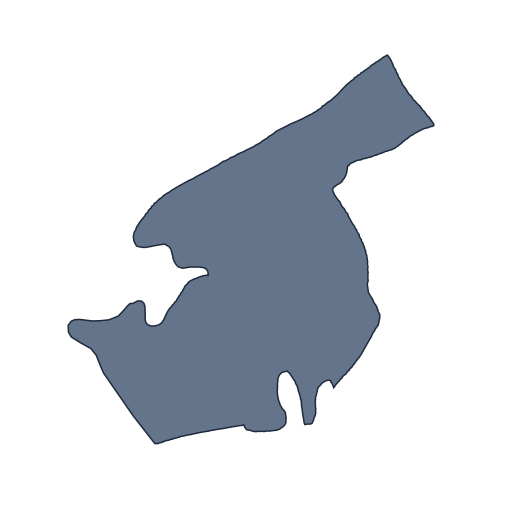 the district of Cidade De Xai-Xai, Gaza, Mozambique, rotated 260°
{"feature_id": "85939544B37239521731461", "entity_name": "Cidade De Xai-Xai", "entity_type": "district", "adm_level": 2, "iso_a3": "MOZ", "parent_name": "Mozambique", "parent_adm1": "Gaza", "projection": "equal_earth", "projection_center": [33.662, -25.05], "detail": "fine", "context": "isolated", "style": "filled", "palette": "slate", "viewbox_px": 512, "rotation_deg": 260, "n_neighbors": 0, "source": "geoboundaries", "source_scale": "gbopen_adm2", "svg_char_len": 6079}
<svg xmlns="http://www.w3.org/2000/svg" viewBox="0 0 512 512"><g transform="rotate(260 256 256)"><path d="M167.3,85.5L119.9,107.3L88.8,123.8L88.3,126.9L88.8,128.9L88.7,130.9L89.8,134.8L89.7,138.0L90.2,139.8L90.1,141.8L90.6,143.5L90.6,145.6L90.9,147.2L90.9,148.9L91.4,150.6L91.3,154.0L91.6,156.3L91.5,160.9L91.7,162.8L91.7,166.6L91.9,168.9L91.9,173.9L91.8,179.1L92.0,180.8L91.9,184.6L92.0,186.7L91.8,195.3L91.9,202.5L91.8,209.8L91.6,213.2L91.8,214.7L89.3,215.2L88.2,215.8L86.6,216.4L86.1,218.1L85.2,220.3L84.0,222.3L83.0,225.5L83.0,227.5L82.5,229.4L82.5,230.9L82.0,232.3L81.7,234.0L81.7,237.1L81.2,238.9L81.2,241.4L81.0,243.1L80.9,246.6L81.3,248.8L83.3,253.3L84.5,254.8L86.1,256.2L87.7,256.8L89.0,256.8L90.8,257.5L92.1,257.5L93.4,257.6L96.7,257.7L98.3,257.2L100.1,256.0L101.2,255.4L104.7,254.1L106.6,253.7L107.7,253.7L109.5,253.2L112.4,253.1L116.8,253.1L118.0,253.4L119.7,253.4L121.2,254.1L122.6,254.1L124.0,254.7L125.9,254.7L128.8,255.8L130.2,255.8L133.4,257.4L134.7,258.3L136.0,260.0L137.0,261.7L137.2,266.8L135.9,267.6L134.5,268.9L132.8,269.5L125.1,272.9L123.4,272.9L120.5,274.0L119.3,274.0L117.5,274.3L115.6,274.2L114.2,274.7L111.7,274.8L110.4,275.1L107.3,275.1L106.0,275.3L103.6,275.3L101.8,274.9L99.2,274.8L96.0,274.8L94.3,274.6L83.3,274.5L81.6,274.7L81.5,276.2L81.5,278.4L81.0,280.1L81.5,282.1L83.4,283.5L84.6,284.3L86.4,285.0L88.3,286.4L91.4,287.7L93.2,287.7L94.5,288.3L97.0,288.3L98.3,288.6L99.8,288.6L101.2,289.1L102.8,289.1L104.3,289.8L105.8,289.8L108.5,291.2L114.8,293.8L116.4,295.1L117.6,297.1L119.1,298.5L120.1,300.5L120.7,302.5L121.1,304.3L121.1,306.3L120.4,307.9L119.0,307.8L117.9,308.5L116.1,309.1L112.8,309.7L116.1,313.0L118.8,316.7L120.0,317.5L120.7,319.4L122.1,320.2L123.2,321.8L123.8,323.4L124.9,324.8L126.7,326.4L127.3,328.1L128.9,329.0L129.6,330.9L131.0,331.9L132.7,334.1L134.3,335.5L135.7,337.0L138.3,340.1L141.4,343.0L142.5,343.8L144.0,345.2L145.2,345.9L147.0,347.6L152.2,351.8L156.5,355.5L158.7,357.0L160.2,358.0L161.4,359.5L163.4,360.9L165.0,362.5L166.5,364.2L169.5,365.5L173.0,366.9L175.5,367.6L177.3,367.6L180.2,366.6L181.9,366.7L183.4,366.1L184.9,366.2L190.9,363.6L192.4,363.6L194.0,362.9L195.7,362.3L197.3,361.6L200.6,360.4L209.0,360.7L212.3,362.2L215.3,362.3L216.8,362.8L218.4,362.9L220.0,363.5L223.7,363.6L225.4,364.3L229.2,364.4L230.6,364.9L238.0,365.1L239.3,364.7L242.0,364.8L245.0,364.2L246.5,364.3L247.8,363.6L249.7,363.6L252.4,362.5L253.9,362.5L257.2,361.2L259.1,361.3L262.4,359.7L264.1,359.7L266.6,358.3L268.0,358.3L270.7,356.8L279.5,353.7L281.1,353.8L282.7,353.0L283.8,352.1L285.9,351.6L287.9,350.7L289.5,349.5L292.9,348.4L295.1,347.9L297.0,346.5L302.8,343.9L304.8,343.4L307.7,342.8L309.1,343.5L310.5,344.8L311.0,346.3L312.2,348.4L312.7,350.4L313.7,352.4L314.8,354.1L316.4,355.3L317.5,356.7L319.3,358.0L322.0,359.6L327.0,361.4L328.3,361.5L329.4,363.7L330.5,364.5L332.6,372.2L332.5,376.4L333.1,377.9L333.1,380.2L333.5,383.9L333.5,385.9L334.5,390.6L334.5,392.6L335.1,394.0L335.5,397.7L336.0,399.9L336.6,401.9L336.5,403.9L337.0,405.6L337.0,407.3L338.0,411.3L339.1,413.4L339.6,414.9L340.7,416.5L341.7,418.8L342.9,420.4L343.6,422.0L344.7,423.4L345.2,425.1L346.3,427.1L347.3,428.7L348.4,432.1L349.5,434.2L349.9,436.2L350.6,437.9L352.1,442.8L352.5,446.1L352.5,447.8L353.1,449.7L353.0,451.5L353.5,453.7L355.3,453.9L362.7,450.4L364.3,449.1L367.7,447.5L369.2,446.9L370.7,445.4L372.4,444.8L373.9,444.0L375.3,443.4L377.0,442.0L379.6,440.3L381.0,439.5L382.8,438.0L385.8,436.9L387.2,436.2L388.8,434.7L394.1,432.7L396.0,431.8L399.9,429.8L401.3,429.8L402.7,429.1L405.2,428.5L408.2,427.2L409.7,427.3L413.2,425.9L415.0,425.9L418.8,424.2L420.7,424.2L426.5,422.5L429.9,420.9L431.1,420.2L429.3,415.1L428.2,413.5L427.7,411.9L426.5,409.6L426.0,407.7L424.9,405.9L424.3,404.0L423.2,401.8L422.0,400.4L421.5,398.8L420.4,396.9L419.9,395.2L418.7,393.3L418.2,391.3L416.9,390.1L416.3,387.6L415.0,386.3L414.6,384.0L413.2,383.0L411.5,379.4L409.0,375.2L404.9,369.4L403.3,367.5L400.3,363.3L398.0,359.5L396.9,357.9L395.8,355.7L395.2,354.0L394.2,352.0L392.6,349.5L392.1,347.4L390.7,346.2L389.5,343.8L389.0,342.1L387.8,340.1L387.2,337.8L386.2,335.9L385.2,332.0L383.0,325.2L381.3,318.6L379.9,312.4L379.3,310.9L376.1,300.0L374.9,296.6L373.6,294.9L373.0,293.3L372.1,291.4L371.5,289.4L370.1,287.5L369.5,285.6L368.0,281.9L366.9,280.2L365.2,275.0L364.2,272.7L361.6,263.7L361.0,262.3L360.1,257.9L359.2,254.7L358.1,252.4L357.6,249.7L357.2,247.8L356.1,245.7L355.0,242.1L355.0,240.4L351.9,233.8L350.9,230.4L350.3,228.7L349.7,226.4L348.5,224.0L348.1,222.2L345.1,212.8L344.6,211.0L343.5,208.6L341.8,202.4L338.9,193.9L338.2,192.1L337.0,188.7L334.9,183.4L333.7,181.1L333.1,179.0L332.0,176.5L331.3,175.1L329.7,172.9L329.0,170.9L327.4,168.6L326.0,166.8L325.6,165.1L324.0,164.1L323.0,161.8L321.2,160.8L320.6,159.3L319.3,157.8L317.7,156.9L316.6,154.8L314.8,153.5L311.7,149.8L308.8,146.6L306.9,145.2L305.5,143.6L302.4,141.9L301.0,140.5L299.4,139.7L296.2,138.5L291.6,138.4L288.2,139.5L286.5,140.2L285.5,142.2L284.2,145.9L283.7,148.2L283.6,153.6L283.8,155.9L283.7,159.7L283.8,161.4L283.7,165.0L283.6,166.6L283.5,168.2L280.0,172.2L277.1,173.5L275.2,173.5L273.8,173.8L272.4,173.7L271.2,174.0L267.9,173.9L265.3,174.4L261.9,175.6L258.9,177.5L256.7,181.6L256.6,187.1L256.4,190.8L255.9,192.3L255.8,194.0L255.3,195.6L255.2,197.7L254.3,200.0L253.8,202.1L252.5,204.1L250.7,205.3L249.0,205.8L247.4,205.8L245.2,205.5L245.7,203.8L245.7,200.7L245.2,196.5L244.2,192.8L244.2,191.1L242.7,186.5L241.5,184.3L240.3,183.4L239.2,181.4L237.5,180.0L236.4,179.2L235.1,178.0L233.7,177.2L232.6,175.5L231.2,174.9L230.1,173.3L228.3,171.9L227.1,170.7L225.7,169.9L225.0,168.4L223.3,167.0L222.5,165.4L220.8,163.9L219.6,162.0L218.0,160.6L217.9,160.3L214.6,157.7L209.2,154.0L206.5,151.4L205.0,148.1L204.7,144.2L205.4,140.2L207.2,137.4L209.6,136.0L212.2,135.8L218.0,136.8L225.9,137.9L228.9,137.4L231.5,135.4L232.3,131.6L231.3,128.4L230.6,126.9L231.1,123.8L229.1,120.6L225.2,116.0L220.6,109.6L218.7,100.0L219.3,91.6L220.4,83.7L224.1,71.5L224.5,69.2L224.3,68.6L224.8,66.8L223.9,62.8L220.4,59.0L213.5,58.1L208.2,60.1L201.1,68.0L193.5,77.3L186.1,81.4L174.8,83.7L167.3,85.5Z" fill="#64748b" stroke="#1e293b" stroke-width="1.5"/></g></svg>